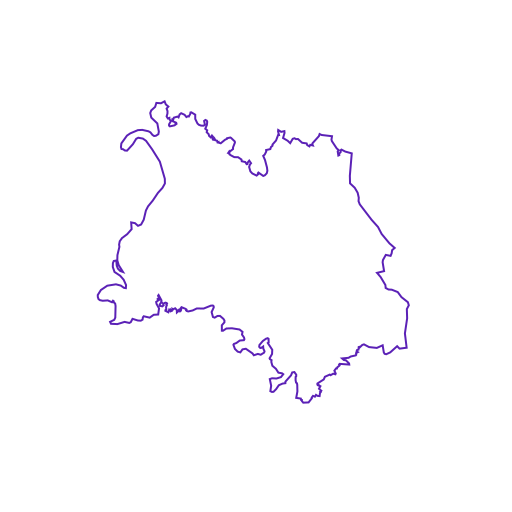 Faridpur, Dhaka, Bangladesh (Mercator projection), rotated 37°
{"feature_id": "16705992B67131385183639", "entity_name": "Faridpur", "entity_type": "district", "adm_level": 2, "iso_a3": "BGD", "parent_name": "Bangladesh", "parent_adm1": "Dhaka", "projection": "mercator", "projection_center": [89.785, 23.466], "detail": "fine", "context": "isolated", "style": "outline", "palette": "violet", "viewbox_px": 512, "rotation_deg": 37, "n_neighbors": 0, "source": "geoboundaries", "source_scale": "gbopen_adm2", "svg_char_len": 6135}
<svg xmlns="http://www.w3.org/2000/svg" viewBox="0 0 512 512"><g transform="rotate(37 256 256)"><path d="M343.1,162.8L336.0,159.4L326.4,157.5L307.8,152.3L304.9,150.5L303.0,147.6L299.1,144.3L293.8,142.1L287.4,141.4L282.7,135.5L270.7,116.4L264.4,118.9L260.2,119.6L260.0,120.5L261.1,122.1L260.8,124.3L261.8,125.3L261.3,126.2L258.3,123.3L258.4,121.7L255.7,121.5L247.5,118.6L246.2,117.6L244.6,114.6L235.5,119.9L233.4,120.3L234.1,122.4L233.3,131.8L233.5,132.7L234.9,133.5L232.4,134.6L232.7,136.3L230.2,136.6L228.7,135.6L224.7,137.8L219.1,137.3L217.6,138.6L215.9,138.8L214.8,140.3L215.4,145.3L211.9,144.9L206.6,145.5L204.7,140.5L203.5,139.2L201.4,141.7L197.9,142.0L198.6,143.2L201.5,145.5L200.8,145.9L202.5,151.7L202.1,157.0L202.8,158.0L202.4,160.1L203.1,162.0L200.3,165.3L201.3,166.4L201.9,169.7L201.5,171.7L205.4,173.9L211.5,178.7L213.8,181.1L214.8,183.4L214.5,186.2L213.6,187.7L207.7,187.9L207.7,188.8L208.5,189.3L208.1,191.4L203.4,192.3L200.6,191.8L196.9,189.0L196.1,186.5L196.2,184.9L193.2,183.9L193.1,186.2L193.8,187.8L193.3,188.3L190.9,187.4L187.6,188.9L186.3,187.7L182.2,187.9L179.2,190.1L175.4,190.7L173.6,190.8L172.9,189.9L171.8,190.4L171.7,188.3L172.2,188.4L173.3,184.4L172.3,183.1L170.9,178.1L170.1,177.3L165.1,176.7L164.2,176.8L162.0,179.4L162.3,179.9L161.3,181.8L160.0,187.2L158.1,187.9L157.5,187.4L156.9,188.4L155.5,187.4L153.9,188.0L152.2,187.2L152.4,188.6L151.5,189.0L150.4,188.2L150.0,186.7L148.3,186.3L148.4,188.5L146.2,188.3L144.9,187.2L142.1,186.8L141.4,185.0L138.9,184.9L137.9,180.9L136.3,178.2L135.2,177.5L133.7,177.8L133.3,179.4L136.1,181.8L135.8,183.4L133.7,184.9L131.5,185.6L129.5,185.4L125.0,183.1L122.4,179.7L117.8,180.2L117.3,180.8L118.0,182.1L118.4,185.0L117.6,185.2L116.8,186.9L114.0,186.2L110.3,187.0L109.8,188.9L110.7,191.9L109.4,191.9L107.1,195.0L107.9,197.1L107.0,197.2L107.5,198.2L108.4,198.5L111.1,197.8L111.6,198.3L112.2,197.7L113.0,198.3L112.3,200.7L109.2,204.3L108.1,204.2L107.3,203.1L106.9,199.5L104.6,198.9L103.7,197.8L102.8,199.2L100.6,198.3L99.6,195.6L98.1,193.5L95.9,192.1L96.1,189.4L92.7,189.2L89.9,187.5L88.2,191.2L84.3,193.7L85.7,197.6L84.7,202.8L85.5,205.5L89.1,208.5L97.4,209.5L103.6,215.2L104.7,217.5L103.7,220.2L102.4,221.5L100.4,221.6L97.3,220.8L95.1,221.1L89.3,223.7L85.9,226.6L81.8,233.7L80.5,237.5L80.7,247.1L82.6,250.3L84.2,251.5L85.7,250.7L87.7,250.7L89.6,249.5L90.4,240.8L89.8,234.5L90.8,232.4L95.0,230.3L98.9,230.2L108.8,233.3L122.4,238.5L136.7,249.2L139.6,252.9L140.3,257.9L139.7,264.6L140.2,273.9L139.9,281.3L140.7,285.9L144.5,294.6L145.3,300.0L143.6,302.9L139.6,302.6L136.1,304.3L140.5,309.4L140.0,316.1L138.2,322.3L138.3,326.2L139.8,329.3L141.4,330.9L144.8,338.7L147.8,342.9L151.8,345.9L159.4,348.8L156.5,349.7L153.3,349.2L150.7,347.6L147.1,343.7L145.4,345.6L146.0,347.8L148.2,350.9L152.6,353.9L159.4,353.5L164.6,354.6L169.7,357.4L171.4,360.0L169.7,360.9L165.8,361.0L161.2,362.9L155.1,369.2L152.6,376.5L153.1,382.4L154.4,384.0L156.2,385.2L157.9,385.2L160.5,384.0L164.3,380.7L168.8,379.6L168.7,377.8L169.4,377.8L169.3,378.6L172.1,378.7L173.9,380.4L180.7,389.9L181.2,392.3L179.1,396.4L181.0,397.4L186.3,393.8L190.7,387.7L195.1,385.7L195.8,384.2L195.2,380.5L200.5,378.6L202.9,377.0L203.7,375.1L202.6,373.1L202.6,371.7L208.2,369.2L209.7,364.5L213.1,361.6L210.1,356.2L205.4,354.1L203.9,352.8L204.5,350.7L203.3,349.5L203.6,349.1L205.0,349.5L205.2,348.8L201.7,346.7L201.7,345.8L207.2,348.3L207.6,349.3L208.9,349.8L208.2,350.8L208.3,352.7L209.3,353.6L211.5,352.6L211.9,351.0L210.8,350.3L211.0,349.0L211.7,347.8L212.9,347.3L213.6,347.5L213.7,348.8L214.4,349.0L214.9,350.9L216.6,352.8L216.2,353.5L216.6,354.3L219.9,353.7L219.0,351.1L220.6,351.4L220.3,350.5L221.5,350.9L221.8,350.4L221.1,349.7L221.7,349.1L221.1,348.5L221.9,348.4L222.9,346.4L225.2,346.8L226.8,348.7L227.4,345.8L226.8,345.8L226.9,344.8L227.8,344.7L228.0,346.2L228.6,346.1L228.9,344.9L228.1,343.1L227.3,342.8L227.3,341.7L231.6,340.6L232.7,340.6L232.9,341.5L233.8,341.6L235.2,341.1L238.2,337.6L240.3,333.5L245.8,329.5L249.9,322.7L251.4,321.5L252.4,321.6L253.2,322.5L254.3,327.5L258.3,330.6L260.1,330.1L261.3,327.1L263.3,325.5L267.8,325.8L269.6,326.5L270.7,328.0L270.4,331.9L273.7,336.2L274.6,335.6L276.0,331.7L280.3,328.2L287.1,324.6L290.9,324.7L292.1,327.2L295.5,328.3L296.8,329.4L297.0,330.5L293.9,333.3L292.7,337.3L291.3,339.5L291.4,340.5L295.1,342.9L298.9,343.4L301.5,342.4L301.4,338.7L303.7,336.2L311.8,335.9L314.0,336.6L316.4,333.1L319.2,332.0L320.6,328.3L320.2,327.0L317.5,325.5L316.2,324.0L315.5,326.2L314.8,326.9L313.2,326.6L312.3,325.0L312.6,319.8L313.8,316.0L314.8,314.6L315.9,314.6L318.1,317.4L317.8,318.4L325.4,321.1L327.8,324.6L328.4,329.5L329.2,330.0L331.1,329.8L332.0,331.4L335.1,333.8L339.8,334.1L344.1,335.7L347.4,334.0L348.9,334.0L348.8,337.7L346.1,341.5L342.4,344.0L341.1,346.0L346.2,350.5L348.8,355.3L350.5,355.0L351.7,353.9L352.2,350.2L352.0,345.5L354.0,341.9L356.0,339.9L355.1,338.6L355.8,330.3L355.0,327.2L356.5,325.6L359.6,326.6L360.5,327.9L360.4,328.7L362.3,331.3L364.2,333.0L365.3,333.0L366.5,334.1L370.6,339.3L373.5,345.1L377.6,342.9L378.6,343.8L379.3,343.4L379.9,344.2L382.0,344.7L386.1,341.3L386.2,336.0L385.7,335.6L385.7,333.4L387.7,332.9L387.5,330.8L389.3,330.7L391.1,329.6L389.6,327.0L389.6,325.7L389.0,325.7L389.2,324.3L386.2,324.1L385.8,321.3L383.0,322.0L382.6,321.7L383.1,321.3L382.0,321.3L381.8,320.8L384.4,313.8L383.7,311.0L386.3,306.3L387.3,306.3L388.5,303.5L390.6,302.7L390.4,301.9L387.6,300.4L387.6,297.6L388.3,297.1L387.9,296.1L388.6,293.2L388.5,292.7L387.7,292.6L387.7,291.8L395.8,286.6L395.0,285.8L390.6,285.2L388.8,286.2L386.4,286.0L391.2,281.6L392.1,279.3L395.5,275.3L395.5,274.6L394.4,273.4L395.2,271.5L394.3,271.6L394.2,272.4L393.6,271.4L393.3,270.3L394.2,269.1L392.8,266.9L393.1,266.5L393.8,266.9L394.4,263.1L395.4,261.6L401.1,260.7L407.8,256.7L410.9,251.1L416.1,256.1L417.6,256.7L419.1,256.1L421.2,252.2L423.0,243.1L426.4,243.6L431.5,238.6L421.5,228.2L414.2,214.8L408.4,207.6L407.7,203.4L405.1,201.5L396.9,201.3L390.9,199.5L384.7,201.2L382.0,203.0L378.8,203.5L376.8,201.3L368.2,197.8L362.8,196.6L367.4,191.0L360.9,184.8L359.8,182.8L359.0,177.0L363.4,174.9L362.7,172.2L361.2,169.4L361.9,166.1L355.0,165.6L343.1,162.8Z" fill="none" stroke="#5b21b6" stroke-width="2"/></g></svg>